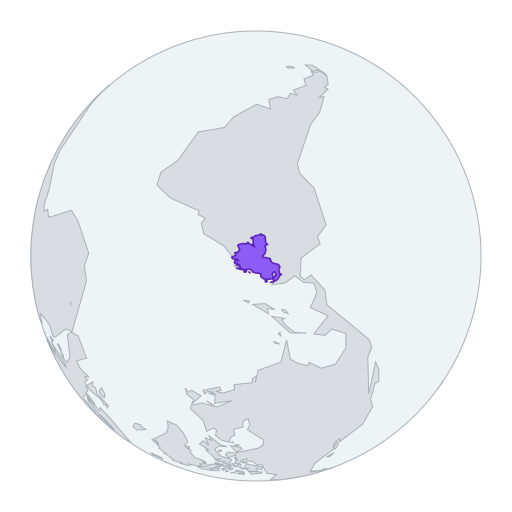 Venezuela highlighted on a globe, orthographic projection, rotated 195°
{"feature_id": "VEN", "entity_name": "Venezuela", "entity_type": "country or territory", "adm_level": 0, "iso_a3": "VEN", "parent_name": "South America", "parent_adm1": "", "projection": "orthographic", "projection_center": [-65.797, 6.433], "detail": "fine", "context": "on_globe", "style": "filled", "palette": "violet", "viewbox_px": 512, "rotation_deg": 195, "n_neighbors": 0, "source": "natural_earth", "source_scale": "50m", "svg_char_len": 13391}
<svg xmlns="http://www.w3.org/2000/svg" viewBox="0 0 512 512"><g transform="rotate(195 256 256)"><circle cx="256" cy="256" r="225" fill="#eef3f6" stroke="#a8b0b8"/><path d="M208.2,248.0L203.1,245.5L197.8,252.0L180.6,240.8L175.0,227.3L125.2,204.7L120.7,197.9L121.8,187.1L111.5,152.1L113.1,184.7L107.9,178.1L104.9,166.4L108.1,163.7L108.2,147.1L104.4,140.8L109.4,121.2L127.4,97.9L127.7,101.4L132.0,96.1L131.9,91.6L130.8,90.0L145.5,70.8L147.6,62.3L140.8,64.7L148.2,60.8L130.1,69.8L126.5,71.7L135.3,66.6L139.7,64.0L139.5,63.4L144.1,60.7L146.6,59.1L152.1,56.2L156.8,54.2L160.4,52.5L160.1,52.3L165.3,49.8L165.3,50.3L174.4,46.1L184.0,43.8L179.4,50.2L189.3,48.9L196.8,56.4L200.7,54.3L206.1,56.8L212.6,55.4L212.1,57.9L217.7,54.8L216.9,52.9L219.0,51.1L222.8,50.4L222.9,53.1L221.0,53.9L223.0,54.3L221.4,56.2L224.3,54.8L223.9,58.7L229.8,54.0L234.2,56.3L232.5,59.2L225.4,60.1L203.8,71.2L199.9,75.6L201.4,80.3L219.5,86.1L218.1,91.1L221.6,96.9L225.6,93.2L224.4,87.5L232.8,82.9L230.3,77.3L233.4,74.8L233.7,69.2L241.4,69.1L248.8,72.3L248.9,77.2L252.2,79.0L258.4,74.0L264.7,83.6L279.5,91.4L280.3,94.5L270.5,100.0L254.5,100.1L241.7,110.0L257.9,102.9L259.6,111.8L263.2,113.3L267.7,112.8L270.1,109.4L272.4,112.6L257.2,120.1L255.0,117.2L259.8,114.7L252.3,115.1L242.1,121.4L243.8,126.1L226.6,132.8L227.6,136.5L224.4,140.4L224.0,133.9L224.4,146.1L204.5,160.0L204.7,182.8L196.0,165.1L187.6,163.1L177.4,163.5L177.2,167.1L164.0,164.4L151.3,172.1L145.4,190.3L149.1,204.4L163.9,205.1L168.8,197.2L180.0,195.7L170.9,217.0L190.2,220.2L187.6,236.4L193.1,244.9L203.1,242.8L213.3,246.9L221.0,237.4L233.2,232.3L233.1,245.5L240.1,233.4L246.7,239.8L271.1,239.1L269.2,242.1L289.7,257.5L312.2,264.0L317.4,273.5L314.7,279.5L322.5,281.0L322.6,284.9L354.0,289.9L370.0,299.0L369.5,312.4L356.0,328.5L343.8,360.9L319.7,372.0L313.5,384.6L294.6,402.8L280.0,401.7L284.2,410.4L276.1,415.6L266.6,416.0L265.0,422.0L258.0,422.1L262.8,426.0L251.9,433.5L255.5,439.6L247.7,445.3L250.3,448.6L247.2,448.5L244.0,449.7L243.9,451.6L234.1,448.3L230.7,440.5L233.7,436.6L229.6,435.9L235.9,425.4L231.6,427.5L231.7,411.1L237.3,397.2L239.9,355.4L234.8,346.8L217.4,336.6L196.3,304.1L201.7,290.8L197.2,284.5L211.8,265.7L208.2,248.0ZM42.9,183.5L44.7,178.4L43.7,181.7L42.9,183.5ZM45.7,175.4L45.1,177.1L45.6,175.7L45.7,175.4ZM46.1,174.4L45.8,175.1L45.9,174.8L46.1,174.4ZM46.3,173.7L46.3,173.8L46.2,174.0L46.3,173.7ZM203.0,190.6L225.2,201.8L212.1,203.2L214.7,201.1L209.2,196.5L198.7,192.2L187.3,194.6L203.0,190.6ZM214.0,177.9L210.1,177.0L214.0,177.0L214.0,177.9ZM129.6,89.9L131.4,91.8L129.8,97.2L127.7,95.8L129.6,89.9ZM133.3,80.9L135.4,80.6L130.4,85.6L130.7,84.2L133.3,80.9ZM134.9,67.5L135.5,67.9L133.3,68.6L134.9,67.5ZM146.3,59.2L146.0,59.4L144.4,60.3L145.8,59.5L146.3,59.2ZM229.4,69.8L231.5,69.5L230.4,70.7L229.4,69.8ZM227.6,67.8L224.8,69.3L223.5,68.6L225.2,67.7L227.6,67.8ZM157.4,53.4L157.3,53.5L157.4,53.4ZM231.4,66.1L221.5,67.2L219.3,66.1L224.2,61.6L231.4,66.1ZM167.5,48.8L167.1,49.0L166.9,49.1L167.5,48.8ZM215.0,52.7L216.0,54.7L211.7,53.8L215.0,52.7ZM211.7,52.7L195.2,53.9L195.5,51.1L201.0,51.0L198.6,48.4L206.9,46.3L210.0,47.3L208.2,49.4L212.8,47.1L211.7,52.7ZM219.6,50.3L216.2,50.6L216.3,48.1L223.0,47.1L220.8,48.2L219.6,50.3ZM194.0,48.9L195.2,47.2L202.2,44.9L203.7,44.0L207.1,46.0L194.0,48.9ZM222.7,48.4L226.4,46.7L229.8,47.3L222.9,49.9L222.7,48.4ZM213.5,48.0L213.8,46.8L215.8,47.1L213.5,48.0ZM243.9,49.4L239.9,49.4L239.6,48.0L243.9,49.4ZM227.6,46.1L226.4,45.9L225.8,45.5L228.9,44.6L227.6,46.1ZM211.8,44.5L214.5,44.1L210.8,43.5L215.9,42.2L217.3,43.9L218.8,42.6L220.4,42.2L219.8,44.1L211.8,44.5ZM230.3,42.5L233.8,44.9L241.3,45.1L241.8,46.2L229.6,45.8L230.3,42.5ZM224.1,43.2L228.0,43.0L226.7,44.3L223.2,45.3L224.1,43.2ZM218.9,40.8L210.7,42.3L210.6,42.0L218.9,40.8ZM232.7,42.3L231.8,41.7L233.4,42.1L232.7,42.3ZM223.4,40.8L220.5,41.3L220.6,40.9L223.4,40.8ZM232.4,40.4L233.5,41.1L231.2,41.7L232.4,40.4ZM228.5,40.4L229.3,39.6L229.7,41.5L227.2,40.7L228.5,40.4ZM223.9,40.3L223.0,40.2L225.1,40.1L223.9,40.3ZM240.7,38.2L241.7,40.4L236.5,41.5L236.2,39.1L240.7,38.2ZM250.8,455.0L235.0,449.5L243.8,452.0L249.2,449.2L257.7,453.3L250.8,455.0ZM267.2,447.6L273.8,445.9L275.6,446.9L271.4,448.3L267.2,447.6ZM436.0,120.5L436.4,121.1L429.8,113.0L425.7,107.8L436.0,120.5ZM409.9,91.5L409.8,91.4L421.6,103.4L425.3,107.4L427.9,111.9L434.4,119.3L437.2,123.7L427.3,113.0L423.6,108.6L410.3,99.1L414.5,103.9L427.3,113.5L426.0,113.2L431.8,121.0L426.4,114.9L411.3,104.2L409.5,109.8L417.9,131.3L414.6,134.7L407.0,132.7L393.2,113.5L402.1,108.3L397.3,102.4L386.3,95.9L390.0,95.2L386.6,92.3L389.1,90.5L383.5,82.1L384.7,80.1L373.8,71.7L372.9,69.9L379.6,75.2L384.9,78.3L386.6,75.1L384.4,72.9L377.2,68.0L378.6,68.2L371.4,63.9L368.1,61.0L366.0,61.4L357.5,56.7L350.8,52.7L347.6,51.5L358.5,58.3L363.2,61.1L367.9,63.2L380.3,72.2L381.6,74.6L367.1,66.2L367.3,69.1L356.0,62.3L333.4,46.6L328.5,43.5L337.9,46.1L342.8,48.1L344.8,49.0L344.3,48.9L352.8,52.6L348.3,50.5L348.7,50.7L365.2,59.0L381.0,68.6L395.9,79.4L409.9,91.5ZM441.9,383.2L441.5,383.7L446.7,375.7L454.1,361.5L466.6,325.5L472.6,307.2L474.7,294.1L473.1,267.0L473.9,250.3L472.1,244.2L469.3,247.3L466.6,240.1L464.3,240.8L446.1,252.4L437.2,244.0L418.3,215.4L419.2,202.0L413.3,188.0L414.1,135.5L421.0,136.2L429.2,125.3L431.5,126.2L437.8,136.5L449.8,145.1L445.1,135.6L448.4,138.9L456.3,152.9L463.2,167.6L469.0,182.6L473.7,198.1L477.3,213.8L479.7,229.8L481.1,245.9L481.2,262.0L480.2,278.1L478.0,294.1L474.7,309.9L470.3,325.4L464.8,340.6L458.2,355.3L450.6,369.6L441.9,383.2ZM421.7,160.0L423.6,164.2L421.7,160.0ZM271.9,238.9L274.8,241.5L270.9,241.6L271.9,238.9ZM210.0,208.5L214.8,208.8L217.3,210.9L213.5,211.5L210.0,208.5ZM251.1,208.8L256.8,209.9L250.8,211.0L251.1,208.8ZM228.7,203.3L246.6,208.4L235.0,212.3L223.8,209.2L231.7,208.1L228.7,203.3ZM211.3,185.3L214.2,186.3L213.2,188.6L211.3,185.3ZM216.9,177.9L215.7,178.1L214.3,176.2L216.9,177.9ZM260.5,111.3L261.8,110.8L266.2,111.1L264.0,112.6L260.5,111.3ZM287.1,104.6L290.1,110.1L286.3,106.9L283.8,109.6L272.8,106.7L280.1,95.9L278.7,101.1L287.1,104.6ZM260.1,100.9L266.3,103.3L259.2,101.1L260.1,100.9ZM365.5,79.9L369.3,80.9L372.7,84.5L371.2,88.8L366.2,83.5L365.5,79.9ZM373.9,81.7L359.9,73.3L360.3,70.9L362.4,73.5L364.1,72.8L368.0,77.0L382.0,83.7L385.9,87.4L381.0,92.2L380.5,88.3L376.8,87.3L373.9,81.7ZM323.6,62.0L317.6,59.9L326.2,57.1L330.9,59.4L329.7,63.3L323.5,63.0L323.6,62.0ZM241.9,58.8L239.0,59.4L239.0,58.5L241.4,57.2L241.9,58.8ZM242.1,49.5L254.4,55.7L251.7,56.5L262.1,60.0L259.1,63.8L252.5,61.2L258.0,67.1L250.8,66.4L255.3,70.3L240.9,64.3L234.6,64.4L242.7,62.7L245.6,59.2L245.0,57.7L238.6,53.8L226.6,52.9L227.6,49.8L231.5,47.9L234.5,47.6L232.9,49.6L238.1,47.9L238.1,50.5L242.1,49.5ZM276.2,36.2L273.1,37.1L283.4,37.0L283.5,38.4L284.7,38.3L287.7,39.9L293.3,41.7L292.3,42.4L294.9,42.9L296.9,44.2L300.2,45.2L299.5,46.9L303.4,48.5L300.9,48.5L307.9,50.8L302.4,49.9L304.4,51.9L308.7,51.7L297.0,61.8L296.4,67.8L298.8,73.6L289.1,72.2L280.5,66.3L273.9,59.2L275.9,54.1L271.1,54.8L270.7,52.7L274.6,53.0L268.3,51.3L269.0,49.8L263.1,45.5L253.4,44.8L251.1,43.5L255.2,43.1L249.9,42.2L256.1,40.6L254.5,39.8L259.0,37.8L267.9,37.9L265.4,37.1L268.7,35.9L276.2,36.2ZM242.2,37.6L252.7,36.6L258.0,37.2L248.0,40.6L248.5,41.6L242.3,44.5L234.8,43.8L237.3,42.9L238.0,42.0L240.0,42.6L238.9,41.4L242.2,40.4L242.2,39.4L245.7,39.2L242.2,37.6ZM429.6,121.8L430.5,121.7L430.9,120.5L434.5,125.7L429.6,121.8ZM419.5,114.5L419.7,113.4L425.0,119.5L424.1,119.9L419.5,114.5ZM415.3,108.0L419.3,112.9L416.6,110.5L415.3,108.0ZM379.3,74.2L378.9,73.1L380.7,74.1L383.0,76.1L379.3,74.2ZM307.0,38.8L304.4,38.5L303.2,38.1L295.3,36.9L294.6,36.1L299.1,36.5L307.0,38.8ZM438.9,125.5L440.4,126.9L439.9,127.0L438.9,125.5ZM304.9,37.7L301.8,37.1L303.4,37.1L304.9,37.7ZM293.7,35.5L294.8,35.3L293.6,35.8L293.7,35.5ZM288.3,33.2L291.9,33.8L290.5,33.7L288.3,33.2Z" fill="#d9dde1" stroke="#a8b0b8" stroke-width="1"/><path d="M278.4,247.6L279.2,248.5L278.7,249.0L278.4,249.5L277.8,249.7L277.5,250.0L277.1,250.4L276.6,250.5L276.4,250.6L276.2,251.1L276.0,251.3L275.8,251.6L276.1,252.2L276.2,252.4L276.1,252.7L276.1,252.8L276.3,253.1L276.5,253.1L276.8,253.0L277.1,253.0L277.3,253.1L277.3,253.3L277.2,253.6L277.1,253.9L276.3,254.2L275.8,254.6L275.4,254.5L275.2,254.5L274.9,254.7L274.3,254.8L274.1,254.9L274.0,255.1L273.9,255.3L274.1,255.9L274.1,256.1L274.2,256.8L273.9,257.1L273.6,257.4L273.2,257.9L273.3,258.0L275.8,260.7L276.0,260.9L276.3,261.6L276.2,262.0L275.8,262.4L275.1,262.8L274.9,263.2L274.8,263.4L274.4,263.5L273.7,263.5L273.3,263.8L272.9,263.9L272.6,264.4L271.6,264.7L270.6,265.0L270.3,265.1L269.3,264.9L269.0,265.0L268.5,265.4L268.3,265.4L268.1,265.5L268.0,265.8L267.9,266.8L267.5,267.1L267.1,267.1L266.8,266.8L266.4,266.5L265.8,265.8L265.6,265.8L264.9,266.0L264.4,265.8L263.0,265.8L262.8,265.7L262.6,265.3L262.3,265.1L262.0,265.0L260.8,265.0L260.6,264.9L260.4,264.6L260.2,264.5L259.8,264.6L260.3,265.2L260.4,265.5L260.8,266.0L262.0,266.9L262.2,267.2L262.2,268.1L262.2,268.7L262.5,269.5L262.9,270.3L263.0,270.8L262.9,271.1L262.9,271.3L263.0,271.5L263.4,271.6L264.2,271.7L264.7,271.7L265.5,271.8L265.5,272.1L265.4,272.5L265.3,272.8L265.2,272.9L264.7,272.9L264.3,273.2L263.7,273.5L263.3,273.5L263.0,273.7L262.9,273.8L262.8,274.3L262.6,274.9L262.3,275.2L261.9,275.5L261.5,275.6L261.2,275.6L260.4,276.2L260.2,276.3L259.8,276.3L259.5,276.5L259.0,276.7L258.7,276.9L258.5,277.2L258.1,277.6L257.7,277.8L257.3,278.5L256.9,278.6L256.9,278.3L257.1,277.9L256.9,277.6L256.6,277.4L256.3,277.4L255.9,277.6L255.2,278.1L254.0,278.3L253.8,278.2L253.5,278.0L251.8,276.5L251.7,276.2L251.7,275.9L251.5,275.5L251.4,275.1L251.3,274.7L250.9,273.6L250.8,273.4L250.8,273.2L250.6,272.8L250.4,272.3L250.5,272.1L250.4,271.9L250.0,271.6L249.7,271.2L249.4,270.9L249.0,270.7L248.9,270.4L248.7,270.3L248.3,270.1L247.9,270.3L247.9,270.0L248.0,269.9L249.3,268.7L249.9,268.2L250.0,268.1L250.1,267.8L249.3,266.8L248.9,266.5L248.7,266.1L248.4,265.2L248.2,264.8L248.2,264.4L248.2,264.1L248.1,263.8L247.9,263.6L247.9,262.9L248.1,261.9L248.1,261.1L248.1,260.6L248.2,260.1L248.6,259.9L248.8,259.4L248.8,258.8L249.0,258.3L249.4,258.0L249.6,257.6L249.5,257.2L249.4,257.0L249.1,256.7L248.5,256.6L247.9,256.5L247.6,256.7L246.8,256.9L245.5,257.1L244.5,257.1L243.7,256.9L243.1,256.9L242.7,257.2L242.4,257.3L242.3,257.1L242.1,257.1L241.8,257.2L240.6,255.7L239.2,253.9L238.6,253.9L238.1,253.8L237.5,253.5L237.1,253.4L236.7,253.3L235.7,253.7L235.2,253.7L234.9,253.7L233.9,253.5L233.3,253.5L232.3,253.7L231.8,253.5L231.5,253.2L231.1,252.2L230.3,252.0L230.1,251.8L230.0,251.5L230.0,251.2L230.2,249.8L230.5,249.3L230.4,248.5L230.3,248.2L229.4,247.2L228.9,245.3L228.7,245.2L228.3,245.2L228.1,244.8L227.9,244.7L227.4,244.9L226.8,245.0L226.7,244.9L227.3,244.0L227.9,243.1L228.1,242.6L228.4,241.0L228.7,239.9L229.2,238.9L229.4,238.5L230.1,237.7L230.4,237.4L231.2,237.1L232.1,235.6L232.3,235.3L233.9,234.9L234.8,234.6L234.7,234.8L234.4,235.0L234.1,235.1L232.7,235.5L232.3,235.7L232.3,236.0L232.3,236.3L232.8,237.2L232.9,237.4L233.5,237.9L233.3,237.9L233.1,237.9L233.3,238.6L233.6,239.0L233.6,239.3L233.3,240.1L232.8,240.6L232.5,241.2L232.2,241.4L231.6,242.6L232.0,243.2L232.1,243.6L232.5,244.1L232.7,244.3L232.9,244.5L232.8,244.8L233.0,245.3L233.2,245.5L233.4,245.6L233.7,245.6L234.7,245.3L234.9,245.2L235.0,244.9L235.5,244.4L235.5,243.8L235.7,243.0L235.6,242.5L235.1,241.8L234.9,241.3L234.4,240.8L234.1,240.0L234.0,239.8L233.8,238.8L234.2,238.6L234.1,238.1L234.9,238.0L236.6,237.1L237.7,237.0L238.9,236.5L239.2,236.3L239.4,236.0L239.6,235.9L240.3,236.3L240.6,236.1L240.7,235.9L240.5,235.4L240.2,235.4L239.1,235.5L239.0,235.3L239.0,235.1L238.7,234.5L239.1,233.7L239.4,233.5L239.8,233.4L240.2,233.6L240.4,233.9L240.5,234.1L240.6,234.7L240.7,235.4L240.9,235.8L241.2,236.1L241.5,236.1L242.8,236.0L243.5,236.2L244.3,236.3L245.1,236.8L246.0,237.4L246.2,237.8L246.2,238.2L246.4,238.5L246.2,238.8L246.3,239.3L246.6,239.7L246.9,240.0L248.0,240.1L249.1,239.9L250.8,239.7L251.4,239.6L254.3,239.5L254.8,239.7L254.9,240.1L255.8,241.0L256.5,241.1L257.2,241.4L257.9,241.5L258.6,241.7L259.0,241.7L259.3,241.6L259.7,241.6L262.2,240.2L263.6,240.2L264.0,240.0L263.5,239.8L262.3,239.7L262.0,239.8L261.8,239.5L262.2,239.5L263.4,239.4L264.9,239.4L266.1,239.2L266.7,239.1L267.0,239.2L267.9,239.0L269.7,239.2L271.1,239.0L271.0,239.3L270.5,239.4L269.8,239.4L269.2,239.8L268.0,239.7L267.1,239.9L267.4,240.0L267.4,240.3L267.5,240.4L267.9,240.6L268.0,240.8L268.1,241.2L268.0,241.6L267.8,241.7L268.2,241.7L268.4,241.5L268.3,241.3L268.4,241.1L268.6,241.2L268.7,241.3L269.1,242.3L269.5,242.8L269.6,242.7L269.8,242.4L270.0,242.6L270.0,242.4L270.1,242.1L270.4,242.0L270.6,242.1L271.0,242.4L271.3,242.8L271.4,243.0L271.5,243.1L271.7,243.4L271.7,243.1L271.6,242.9L271.6,242.7L272.1,242.6L272.3,242.3L272.6,242.5L273.4,243.3L273.7,243.5L274.5,243.6L275.1,244.0L275.4,244.4L275.2,244.8L274.7,245.0L274.4,245.5L274.2,246.0L274.1,246.4L273.9,246.9L273.7,247.4L272.2,247.4L272.9,247.8L273.5,248.1L273.9,247.8L274.5,247.8L275.1,247.5L275.4,247.4L276.6,247.6L276.9,247.3L277.2,247.3L277.8,247.3L278.4,247.6ZM263.5,237.5L263.6,238.0L263.3,238.5L262.7,238.5L262.5,238.4L262.3,238.2L262.1,238.3L261.5,238.2L261.4,238.1L261.6,237.9L262.1,237.7L262.2,237.9L262.5,238.0L262.8,238.0L262.9,237.8L263.3,237.4L263.5,237.5ZM274.9,246.2L274.4,246.4L274.3,246.0L274.4,245.9L274.9,245.5L275.0,245.6L275.2,245.8L275.1,246.0L274.9,246.2ZM258.3,238.4L258.0,238.5L257.7,238.4L257.6,238.2L257.9,238.2L258.2,238.3L258.3,238.4ZM275.3,245.3L274.8,245.4L275.0,245.1L275.3,245.0L275.6,245.0L275.4,245.1L275.3,245.3Z" fill="#8b5cf6" stroke="#5b21b6" stroke-width="1.5"/></g></svg>